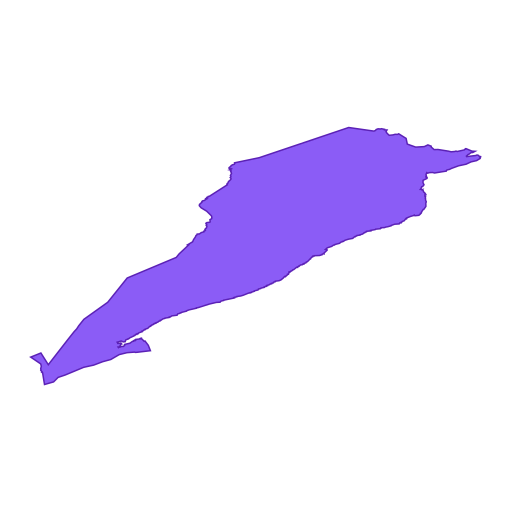 Verran nor, Nord-Trøndelag, Norway (Natural Earth projection)
{"feature_id": "86288312B18564926842494", "entity_name": "Verran nor", "entity_type": "district", "adm_level": 2, "iso_a3": "NOR", "parent_name": "Norway", "parent_adm1": "Nord-Trøndelag", "projection": "natural_earth1", "projection_center": [10.876, 63.943], "detail": "fine", "context": "isolated", "style": "filled", "palette": "violet", "viewbox_px": 512, "rotation_deg": 0, "n_neighbors": 0, "source": "geoboundaries", "source_scale": "gbopen_adm2", "svg_char_len": 6098}
<svg xmlns="http://www.w3.org/2000/svg" viewBox="0 0 512 512"><path d="M141.3,338.2L140.7,338.3L140.7,338.6L139.8,338.6L139.5,339.0L135.8,339.4L135.8,339.9L135.2,339.9L135.2,340.3L134.6,340.3L134.7,340.7L133.5,340.8L133.4,341.3L132.4,341.4L129.9,343.2L124.6,344.4L124.3,345.0L124.6,345.5L123.2,346.5L121.8,346.4L119.8,347.2L119.0,347.1L118.4,347.6L118.1,347.1L118.7,347.1L120.3,345.6L120.8,344.2L121.7,344.0L121.3,343.2L120.8,343.1L120.8,343.4L117.8,343.4L117.9,343.0L117.2,342.2L121.2,341.0L123.2,341.9L125.2,341.7L125.7,340.0L126.3,339.6L128.1,339.1L128.2,338.7L129.0,338.6L129.7,337.9L134.0,335.9L134.3,335.4L134.8,335.5L136.0,334.3L136.6,334.4L136.6,334.0L137.5,334.0L137.5,333.6L138.3,333.6L138.9,332.8L142.1,331.7L141.9,331.2L143.3,330.7L143.5,330.3L143.9,330.2L144.2,329.8L144.8,329.8L144.8,329.4L145.6,329.3L146.0,328.8L147.7,328.4L149.5,326.6L150.3,326.4L150.4,326.0L150.9,326.0L151.0,325.5L151.8,325.3L151.9,324.9L153.3,324.5L153.4,324.1L154.2,323.9L154.2,323.6L155.3,323.4L155.3,323.1L156.2,323.0L156.2,322.6L157.9,322.2L158.5,321.4L160.3,320.8L160.3,320.3L160.9,320.3L162.9,318.9L164.9,318.4L165.0,318.1L169.0,317.5L169.0,317.2L169.8,317.2L169.9,316.8L170.7,316.7L171.7,315.9L177.1,315.2L177.7,313.9L180.0,313.3L180.3,312.8L181.2,312.8L181.5,312.4L186.6,311.1L186.8,310.7L189.0,309.9L196.5,308.2L196.5,307.8L198.2,307.6L209.2,304.1L216.4,302.4L220.1,302.2L221.0,301.1L223.6,300.5L223.6,300.2L232.3,298.4L233.7,298.1L233.7,297.7L234.6,297.8L234.6,297.3L236.9,296.8L236.9,296.5L240.7,296.0L243.3,295.2L248.8,293.0L249.9,293.0L249.9,292.7L251.4,292.5L251.4,292.2L254.3,291.3L254.3,290.9L257.8,290.0L258.5,289.6L258.4,289.1L259.0,288.8L260.7,288.6L261.0,288.1L264.2,287.4L264.2,286.9L266.2,286.4L266.2,286.0L266.8,286.0L266.8,285.5L267.7,285.5L267.7,285.2L269.7,284.6L270.0,284.1L271.2,283.9L271.2,283.6L271.8,283.6L271.8,283.3L273.5,282.8L273.6,282.2L275.3,281.7L275.3,281.2L279.1,280.7L281.0,279.9L283.3,278.0L284.4,276.7L285.3,276.7L285.3,276.2L285.9,276.2L287.8,274.5L287.7,274.2L288.5,274.2L289.0,272.7L288.9,272.2L289.5,272.2L289.5,271.8L290.4,271.8L291.0,271.0L291.6,271.0L293.0,269.7L293.6,269.7L296.6,267.3L297.5,267.4L297.5,266.9L298.9,266.4L299.0,265.9L299.5,265.9L300.4,265.0L302.4,264.7L302.8,264.1L303.3,264.2L303.6,263.7L304.2,263.8L304.2,263.4L306.0,262.8L306.3,262.0L306.9,262.0L308.5,260.7L309.9,259.0L310.5,259.0L310.9,258.0L312.1,257.1L312.3,256.6L312.9,256.6L312.9,256.1L314.3,256.0L314.3,255.7L319.5,255.5L322.1,254.7L322.1,254.3L323.3,253.8L324.1,253.9L324.0,253.1L327.1,250.2L327.0,249.6L325.5,249.4L327.3,247.8L331.7,246.4L333.5,245.1L334.6,245.0L334.9,244.5L339.6,243.3L340.8,242.2L342.5,241.7L342.5,241.4L343.4,241.4L344.9,240.3L348.4,239.2L352.7,238.4L354.5,236.8L355.1,236.8L355.1,236.5L356.8,235.9L356.9,235.5L360.0,235.1L360.0,234.8L362.7,234.0L364.2,232.7L364.7,232.8L365.0,232.3L366.5,231.8L366.5,231.3L370.8,230.9L370.6,230.4L375.2,229.6L375.5,229.2L380.4,228.7L380.7,228.0L381.3,228.0L381.3,227.7L384.5,227.6L385.6,227.1L387.9,226.7L391.1,225.8L391.1,225.5L394.7,224.2L399.2,223.9L399.6,223.0L401.0,222.9L401.0,222.4L401.6,222.4L402.2,221.5L404.3,220.7L405.5,219.0L406.1,219.0L406.1,218.5L406.7,218.5L406.7,218.0L407.6,217.6L410.6,216.4L413.7,215.5L414.1,215.1L414.3,215.1L414.3,215.6L415.4,215.7L418.9,215.3L420.3,214.1L420.4,213.4L421.0,213.4L421.5,212.6L421.5,212.0L422.8,210.1L423.3,209.4L423.8,209.4L425.9,206.4L425.8,203.0L426.1,202.5L426.2,201.4L425.6,200.4L425.5,198.4L425.2,198.1L425.6,196.8L425.3,196.5L425.5,196.0L424.9,196.0L425.0,194.1L425.6,194.1L424.7,192.8L423.6,191.9L423.0,190.1L422.1,190.0L421.9,189.8L422.1,189.6L421.6,189.7L421.3,189.3L420.4,189.3L421.2,188.2L421.3,187.5L421.7,186.7L422.6,186.6L424.0,184.8L423.0,182.7L423.1,180.3L426.9,178.5L427.2,177.9L427.0,177.4L426.0,177.2L425.9,176.4L426.4,176.2L426.0,174.5L426.8,172.6L427.6,173.2L429.5,172.6L432.7,172.5L434.5,173.0L446.3,171.1L446.5,170.4L447.2,169.9L449.5,169.4L451.5,168.4L458.6,165.8L466.1,164.2L471.0,161.9L476.6,160.6L480.1,158.5L479.8,157.9L480.2,157.6L480.6,156.8L481.3,156.7L479.4,156.4L478.3,155.3L477.0,155.0L475.7,155.5L466.6,156.6L466.4,156.1L468.2,154.4L469.0,154.2L470.9,152.7L472.8,152.5L475.0,151.3L471.9,151.1L466.2,148.7L465.6,148.7L465.6,149.1L464.8,149.3L464.3,149.9L457.2,151.5L456.0,151.1L454.7,151.5L451.1,151.8L448.7,151.2L438.0,149.5L434.1,149.6L431.2,147.0L431.2,146.2L427.9,144.9L424.3,146.6L415.7,147.1L407.3,144.1L406.1,138.4L398.7,133.8L397.5,134.4L395.1,134.3L393.0,134.9L389.2,135.3L387.1,133.3L386.0,131.7L387.0,130.0L384.6,129.9L384.2,129.7L384.4,129.3L381.3,128.7L380.5,129.0L378.1,128.8L376.2,129.5L375.4,130.5L373.9,131.1L348.7,127.5L259.2,157.7L234.6,162.8L234.8,163.4L234.4,164.2L232.5,164.8L231.1,165.6L230.6,166.7L229.6,167.1L228.9,168.0L229.8,168.8L230.7,168.8L230.1,169.2L230.6,169.7L230.0,169.9L231.0,170.1L230.6,170.5L231.0,171.3L230.7,171.6L231.3,172.4L231.2,172.8L231.5,173.6L230.4,175.4L230.9,176.2L230.8,176.9L230.2,177.5L231.0,178.5L230.9,179.2L230.1,180.2L228.5,181.5L227.9,183.1L227.2,183.5L226.9,184.2L227.3,184.8L209.5,196.2L208.1,196.5L207.7,197.3L206.8,197.4L206.6,198.1L206.8,198.2L205.9,198.5L206.5,199.0L205.3,199.6L204.6,200.4L202.5,200.9L201.9,201.5L202.1,201.9L201.8,202.3L199.5,204.4L199.3,205.7L201.1,207.8L206.7,211.2L211.4,215.8L211.8,217.0L211.7,218.6L209.9,219.7L210.2,221.5L209.9,222.2L206.8,222.6L205.9,223.3L206.7,224.5L206.3,224.9L206.2,225.5L206.8,225.9L206.9,226.7L206.5,227.3L206.5,227.9L205.2,229.0L205.3,229.3L204.9,229.7L205.3,230.5L203.8,231.2L203.9,231.8L201.2,232.6L199.5,233.9L197.1,234.1L196.9,234.9L196.0,235.5L195.3,237.1L193.6,239.5L192.6,241.8L187.6,244.8L188.5,245.1L179.1,253.9L176.3,257.4L127.2,278.0L107.7,302.3L83.9,319.3L78.7,325.8L76.7,328.9L74.1,331.7L67.9,339.5L48.3,364.7L40.9,353.0L30.7,357.1L40.7,363.9L41.3,366.2L40.7,368.8L41.0,370.1L40.8,370.4L42.2,372.0L41.8,372.3L42.6,372.9L44.5,384.5L53.6,381.9L58.1,377.4L65.2,375.0L83.7,367.3L93.7,365.1L102.7,361.7L110.8,359.5L119.2,354.6L126.9,352.7L134.6,352.1L135.2,352.4L136.9,352.3L150.4,350.7L148.3,345.3L145.0,341.0L144.2,341.3L141.8,338.9L141.2,338.9L141.3,338.2Z" fill="#8b5cf6" stroke="#5b21b6" stroke-width="1.5"/></svg>